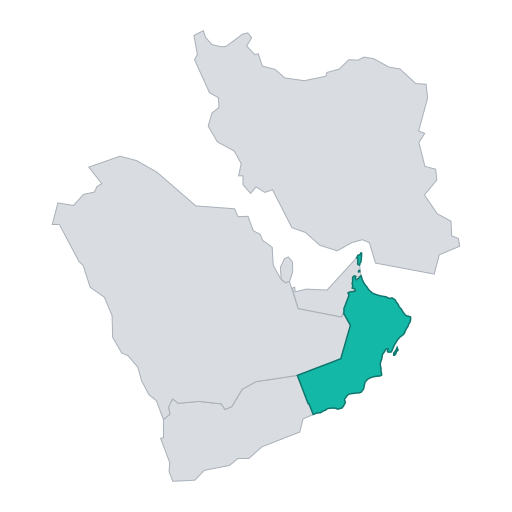 Oman and the surrounding countries
{"feature_id": "OMN", "entity_name": "Oman", "entity_type": "country or territory", "adm_level": 0, "iso_a3": "OMN", "parent_name": "Asia", "parent_adm1": "", "projection": "robinson", "projection_center": [56.004, 21.502], "detail": "fine", "context": "with_neighbors", "style": "filled", "palette": "teal", "viewbox_px": 512, "rotation_deg": 0, "n_neighbors": 5, "source": "natural_earth", "source_scale": "50m", "svg_char_len": 5405}
<svg xmlns="http://www.w3.org/2000/svg" viewBox="0 0 512 512"><path d="M292.2,288.0L294.7,287.2L295.2,291.8L306.5,289.1L327.0,290.1L356.5,257.9L359.3,263.5L361.2,276.7L353.9,276.8L352.7,287.6L355.3,289.9L348.8,293.2L348.7,300.0L341.3,317.1L298.1,308.7L292.2,288.0Z" fill="#d9dde1" stroke="#a8b0b8" stroke-width="1"/><path d="M281.2,279.5L280.4,267.4L284.4,258.7L288.3,256.9L292.5,262.1L292.7,271.8L289.5,281.6L285.5,282.8L281.2,279.5Z" fill="#d9dde1" stroke="#a8b0b8" stroke-width="1"/><path d="M250.6,193.4L243.0,184.7L243.0,175.8L238.6,175.8L241.2,163.7L234.3,151.1L217.4,141.9L208.2,126.1L211.9,113.1L219.0,107.4L218.4,97.7L209.5,92.7L194.5,59.6L197.4,54.5L193.9,35.4L203.4,30.7L205.3,37.0L211.9,44.6L221.2,46.8L226.1,46.4L242.6,34.1L247.7,32.9L251.6,37.8L246.6,46.0L254.9,54.7L258.3,53.8L262.3,66.1L275.3,69.5L284.6,77.9L304.1,80.7L325.7,76.3L327.0,72.4L339.1,69.2L348.9,59.7L358.0,60.2L364.0,57.1L373.7,58.7L388.9,67.1L399.9,68.9L415.8,83.6L426.1,84.2L427.6,98.1L418.6,131.0L424.7,133.4L418.9,142.5L424.9,166.4L435.6,169.2L436.9,179.9L424.4,195.0L437.3,213.8L451.0,221.2L451.6,235.8L458.4,238.5L459.7,246.2L439.3,254.8L434.2,274.1L375.5,263.1L369.4,242.7L362.5,239.7L351.6,242.7L337.2,250.8L319.8,245.3L305.6,232.5L291.9,227.7L272.5,189.7L264.8,192.4L256.0,186.9L250.6,193.4Z" fill="#d9dde1" stroke="#a8b0b8" stroke-width="1"/><path d="M297.7,375.3L313.5,414.4L303.0,418.9L299.8,432.0L261.9,446.8L248.8,458.5L238.0,458.5L229.5,465.4L204.2,470.4L194.8,480.2L172.8,481.3L169.1,471.6L169.7,462.5L160.6,438.4L163.5,437.6L163.4,419.5L169.9,414.2L168.5,407.2L172.5,399.0L178.4,403.3L199.1,401.4L221.3,403.9L224.9,409.5L231.7,406.7L242.3,389.2L255.9,381.7L297.7,375.3Z" fill="#d9dde1" stroke="#a8b0b8" stroke-width="1"/><path d="M57.9,202.9L73.5,205.5L83.5,194.4L94.4,192.1L97.0,186.5L101.8,183.7L88.8,167.1L120.1,156.2L136.8,160.7L157.2,172.4L195.8,205.9L234.6,208.8L238.0,216.7L248.0,216.3L253.3,230.7L260.3,234.5L262.6,240.3L272.2,247.3L273.2,265.3L281.2,279.5L285.5,282.8L289.5,281.6L298.1,308.7L341.3,317.1L344.2,313.6L350.7,325.4L341.1,358.7L297.7,375.3L255.9,381.7L242.3,389.2L231.7,406.7L224.9,409.5L221.3,403.9L199.1,401.4L178.4,403.3L172.5,399.0L168.5,407.2L169.9,414.2L163.4,419.5L156.4,400.7L149.0,394.8L141.6,380.8L137.8,367.2L128.1,355.8L121.7,353.0L112.6,337.2L112.1,315.7L104.4,297.3L90.2,287.3L83.1,265.4L79.1,261.7L59.3,224.4L52.3,224.5L57.9,202.9Z" fill="#d9dde1" stroke="#a8b0b8" stroke-width="1"/><path d="M313.2,414.5L312.3,412.3L311.5,410.1L310.6,407.9L309.7,405.7L309.1,404.2L308.1,403.6L307.5,402.0L306.8,400.3L306.2,398.7L305.6,397.0L304.9,395.4L304.3,393.7L303.7,392.0L303.0,390.4L302.4,388.7L301.8,387.0L301.1,385.4L300.5,383.7L299.9,382.1L299.2,380.4L298.6,378.7L298.0,377.1L297.3,375.4L299.4,374.6L301.9,373.7L304.4,372.7L306.9,371.8L309.4,370.8L311.8,369.8L314.3,368.9L316.8,367.9L319.3,367.0L321.8,366.0L324.3,365.1L326.8,364.1L329.3,363.2L331.8,362.2L334.3,361.3L336.7,360.3L339.2,359.3L340.8,358.8L341.4,356.5L341.9,354.7L342.5,352.8L343.0,351.0L343.5,349.2L344.1,347.3L344.6,345.5L345.1,343.6L345.7,341.8L346.2,339.9L346.7,338.1L347.2,336.3L347.8,334.4L348.3,332.6L348.8,330.7L349.4,328.9L349.9,327.0L350.4,325.4L349.5,323.7L348.2,321.5L347.0,319.3L345.8,317.1L344.9,315.5L343.8,313.7L344.0,311.2L343.9,310.0L344.0,308.2L345.1,305.6L346.3,302.3L347.1,300.1L347.9,298.2L348.5,296.7L348.8,295.1L348.6,294.0L348.2,293.6L347.9,293.1L349.1,292.2L351.2,291.7L352.4,291.8L354.0,291.4L355.3,291.0L355.4,290.5L355.1,289.7L354.5,288.5L352.7,288.4L352.1,288.0L352.8,286.3L352.7,285.7L352.5,285.0L352.2,283.9L352.3,282.5L352.7,281.5L352.7,280.7L352.6,279.1L352.6,277.6L353.0,276.9L353.7,276.2L354.3,275.9L355.0,275.9L355.5,276.2L355.8,277.0L355.6,277.5L355.2,277.6L355.1,277.8L355.7,278.8L356.4,279.8L357.1,279.6L357.7,278.8L358.5,278.2L359.4,277.7L360.0,276.6L360.6,275.9L361.1,275.8L362.5,280.2L364.7,284.3L366.6,286.5L368.6,289.6L371.6,292.4L373.0,293.4L378.6,295.4L381.7,296.1L386.0,296.8L388.9,298.3L389.9,298.4L391.4,298.0L392.5,298.0L395.3,300.1L396.2,302.1L397.3,303.2L398.4,304.8L399.0,306.6L401.4,309.2L403.1,312.2L404.8,314.4L406.4,315.8L408.7,316.3L410.5,316.9L410.7,318.4L410.5,320.3L410.2,321.7L408.5,324.5L408.1,326.2L406.2,329.0L404.1,333.7L403.1,334.8L399.8,337.2L397.3,340.2L394.3,345.2L392.1,350.3L391.3,351.9L389.4,352.2L388.2,352.1L387.4,351.6L387.7,350.2L387.9,348.7L386.8,348.9L385.9,349.2L383.6,353.0L382.4,354.6L382.2,356.7L381.6,359.4L380.7,361.9L380.3,364.0L380.3,365.2L381.0,368.1L381.0,371.1L381.4,372.9L381.7,375.0L380.7,375.7L379.8,376.0L376.2,376.3L372.6,377.0L369.4,378.2L367.5,379.4L365.0,382.2L363.5,389.2L361.1,392.2L359.5,392.8L355.5,393.1L349.9,393.9L348.0,394.6L344.7,398.9L344.5,400.2L345.1,401.2L345.3,402.3L345.0,403.3L343.5,406.0L342.0,408.0L337.7,409.2L336.2,408.5L334.7,408.1L332.0,408.1L327.5,408.5L325.8,410.0L323.2,411.0L320.8,412.6L316.3,413.2L313.2,414.5ZM359.8,264.6L359.5,265.0L359.1,265.0L358.2,264.7L357.6,263.9L357.7,263.0L357.7,261.3L358.0,259.7L357.9,258.0L357.2,257.7L356.7,257.7L357.9,255.3L358.3,255.0L358.8,255.1L359.9,254.9L360.5,253.6L360.9,252.9L361.4,252.9L361.7,253.3L361.5,255.3L361.5,257.0L360.9,262.0L360.2,262.9L359.9,263.6L359.8,264.6ZM394.8,355.0L393.9,355.3L393.7,355.2L393.7,353.1L395.8,350.4L397.1,347.4L398.1,350.1L396.5,351.6L395.6,354.2L394.8,355.0ZM359.6,271.5L359.0,272.0L358.5,271.9L358.6,271.0L358.9,270.4L359.5,270.4L359.7,270.8L359.6,271.5Z" fill="#14b8a6" stroke="#0f766e" stroke-width="1.5"/></svg>